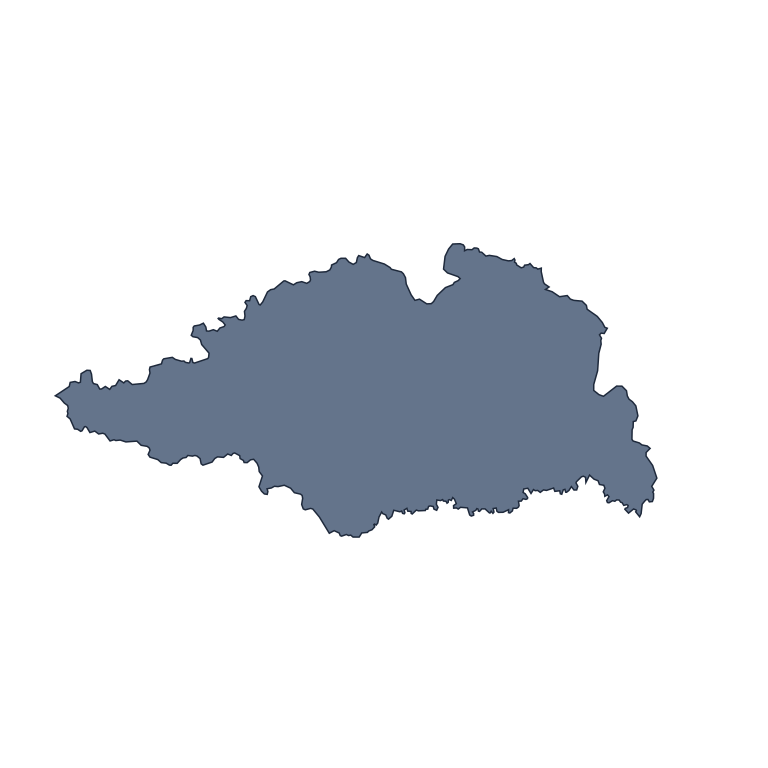 Soavinandriana, Itasy, Madagascar (Albers equal-area conic projection), rotated 25°
{"feature_id": "10022922B59328070281510", "entity_name": "Soavinandriana", "entity_type": "district", "adm_level": 2, "iso_a3": "MDG", "parent_name": "Madagascar", "parent_adm1": "Itasy", "projection": "albers", "projection_center": [46.563, -19.219], "detail": "fine", "context": "isolated", "style": "filled", "palette": "slate", "viewbox_px": 768, "rotation_deg": 25, "n_neighbors": 0, "source": "geoboundaries", "source_scale": "gbopen_adm2", "svg_char_len": 6166}
<svg xmlns="http://www.w3.org/2000/svg" viewBox="0 0 768 768"><g transform="rotate(25 384 384)"><path d="M676.9,377.1L676.6,373.7L674.6,369.3L673.3,368.4L673.5,366.1L669.9,363.6L671.1,354.0L661.9,344.3L652.0,338.6L650.5,335.3L652.4,329.9L648.8,328.9L643.5,330.2L640.3,329.5L633.9,330.4L632.1,329.4L628.2,320.6L628.1,318.0L625.8,312.7L627.9,311.0L627.6,305.6L621.5,297.4L616.7,295.1L612.5,294.2L609.6,292.0L606.6,287.6L600.6,285.4L595.7,287.6L588.1,302.4L583.3,302.8L576.8,301.2L574.3,295.8L572.0,281.7L565.7,265.4L564.0,256.2L562.1,252.9L561.8,250.6L558.5,248.4L559.3,246.1L562.2,245.2L562.8,239.1L560.2,239.3L555.9,236.0L548.7,232.6L536.5,230.4L534.2,227.2L528.5,225.2L520.6,228.0L517.0,228.3L512.7,226.4L506.2,230.7L497.4,229.3L490.4,230.1L492.6,226.3L487.1,225.4L485.5,224.3L479.0,215.7L477.6,212.5L474.8,214.9L472.9,214.4L470.4,215.3L465.4,213.1L464.5,214.8L461.2,216.9L461.2,219.0L459.2,220.7L453.9,220.0L452.9,218.7L450.8,218.4L450.3,216.3L449.0,215.3L447.6,218.1L444.8,219.8L438.5,221.2L432.4,220.8L425.1,222.9L422.3,225.0L416.9,223.3L414.8,224.0L412.4,221.6L410.7,221.6L408.2,222.6L407.0,225.1L402.6,226.9L400.7,229.2L399.2,225.7L397.1,224.4L393.7,224.7L387.1,228.1L385.5,234.4L385.4,242.5L389.4,254.7L394.6,256.5L405.7,255.4L408.5,256.3L407.5,259.0L404.8,262.2L404.5,264.8L398.9,270.7L394.8,281.2L394.1,288.3L392.9,291.2L388.9,293.3L380.3,292.1L376.7,295.1L370.9,291.7L361.9,284.0L358.5,278.5L355.0,275.9L352.4,275.0L342.2,276.9L340.3,275.9L333.6,275.1L321.7,276.7L318.9,276.3L315.9,273.6L313.8,273.3L313.0,277.6L306.8,278.3L306.5,280.8L307.6,285.6L305.5,288.6L300.7,288.3L296.1,286.3L291.8,288.3L290.2,290.3L289.7,294.1L286.2,298.3L286.9,300.3L286.7,303.5L284.2,306.7L277.6,310.3L273.4,311.1L269.6,314.3L269.7,316.5L271.7,318.0L273.4,320.7L273.4,322.5L271.5,325.4L266.2,326.0L262.1,329.1L260.0,332.4L250.7,332.3L249.6,333.0L244.3,344.3L241.4,346.4L239.5,349.8L239.4,360.9L238.4,364.7L237.1,364.7L230.5,359.2L228.0,359.2L226.3,361.2L227.0,365.3L223.8,366.7L223.5,368.8L226.8,370.7L227.3,373.6L226.8,377.1L229.3,381.2L230.1,384.7L228.4,386.1L224.9,386.9L221.0,384.9L216.8,388.7L210.7,390.8L209.3,393.4L206.3,394.1L206.0,394.7L207.0,395.2L211.7,395.9L215.1,397.6L214.8,399.5L211.6,402.6L210.6,406.7L206.4,406.9L203.0,410.1L200.7,410.9L198.5,407.7L194.6,405.2L191.9,408.5L187.5,411.6L187.1,413.3L188.4,416.1L188.7,421.3L190.8,421.9L195.5,420.7L199.0,421.7L202.1,425.3L212.4,430.0L213.8,434.1L213.5,435.5L203.4,445.1L201.7,445.3L199.1,442.1L198.2,442.4L198.8,446.8L198.1,447.5L194.9,448.3L193.0,447.7L190.9,448.9L184.5,449.9L180.9,449.3L173.8,454.2L173.2,455.9L173.8,459.8L164.8,467.5L165.3,470.0L167.3,473.0L167.9,479.9L167.6,482.6L166.2,484.9L156.0,490.9L150.4,489.4L148.6,490.5L147.7,493.0L142.1,492.1L141.4,498.8L138.4,501.1L137.7,504.8L132.5,504.0L130.1,507.9L128.5,508.7L124.4,505.7L120.5,506.4L118.7,505.1L114.7,498.6L112.0,495.9L108.9,497.1L105.1,502.7L108.1,510.7L106.7,512.1L102.9,512.3L98.9,515.2L99.8,519.3L91.1,533.6L96.4,533.7L102.4,536.4L106.4,537.2L108.1,539.4L108.6,542.7L110.0,544.3L110.4,547.3L114.3,548.3L122.5,555.5L125.4,554.5L129.1,555.1L130.1,554.0L130.6,549.3L131.5,548.7L133.2,549.0L138.0,552.3L141.8,548.9L146.5,549.9L149.9,547.5L152.2,547.3L159.8,551.4L162.9,548.6L164.8,548.6L168.6,546.3L174.5,545.6L184.2,540.2L189.8,542.2L195.7,540.6L198.3,541.2L199.9,542.9L200.0,547.5L202.8,549.2L210.9,548.1L215.3,549.4L220.1,547.8L223.7,548.2L225.4,547.6L226.1,545.1L230.1,543.3L231.6,538.4L233.1,536.0L235.7,534.2L236.4,531.7L240.9,530.3L242.8,528.7L244.8,528.3L248.8,529.3L252.0,533.6L254.2,534.1L261.2,527.4L262.1,523.1L263.9,520.4L269.6,518.3L271.9,513.5L275.8,513.3L276.5,510.8L277.8,509.6L283.5,509.9L285.1,512.4L288.9,512.7L290.4,514.3L293.2,513.1L295.1,509.1L297.7,507.3L302.5,509.5L305.6,512.3L307.9,516.1L312.7,518.7L314.1,530.0L318.3,532.9L322.0,534.2L324.8,533.4L324.2,530.5L322.3,528.4L325.9,525.8L327.9,523.0L331.3,521.8L336.4,517.9L343.4,517.9L348.7,520.4L354.9,519.1L356.9,519.6L358.6,522.0L360.3,528.0L363.6,531.3L365.8,531.3L370.0,527.8L372.3,527.4L381.7,531.9L397.5,542.4L400.8,538.0L406.4,538.0L408.4,539.9L409.9,539.8L413.5,536.3L416.0,536.3L417.7,535.0L420.6,535.8L426.2,533.2L426.8,528.4L431.7,525.5L432.3,523.7L434.7,521.2L435.9,517.4L434.2,515.6L434.7,514.9L436.5,515.2L437.1,512.7L435.7,506.7L436.0,501.0L437.7,502.0L440.9,501.9L443.6,504.3L445.2,504.6L447.0,500.6L446.2,494.3L452.4,493.1L453.7,491.7L455.5,493.4L457.2,493.1L457.4,491.9L455.5,489.7L457.3,487.0L459.2,489.2L462.4,488.1L463.3,489.8L464.5,489.9L466.6,484.6L468.8,484.4L474.9,481.2L474.8,479.9L476.5,478.9L476.1,476.1L477.4,475.0L480.4,474.2L482.2,476.3L485.1,476.2L485.1,473.0L482.3,470.9L480.9,466.8L484.5,465.8L486.0,464.0L487.3,465.0L489.7,464.1L491.5,465.4L492.2,464.1L491.4,462.1L492.0,461.2L494.2,461.1L494.3,457.9L496.6,458.7L500.1,461.9L498.4,464.8L499.6,467.1L502.1,465.7L504.1,466.0L505.5,463.4L512.0,461.0L517.0,466.5L518.9,466.8L520.7,465.1L520.0,463.5L518.3,462.6L520.6,459.7L520.8,457.7L522.0,457.6L523.3,459.3L524.4,459.1L525.5,455.8L528.4,454.5L534.0,456.3L534.7,456.0L534.9,454.0L537.4,455.2L537.8,453.6L535.6,450.7L538.1,449.0L540.1,451.6L542.0,452.0L546.2,449.9L550.0,445.3L551.2,448.0L552.6,447.7L554.0,444.8L553.5,442.0L556.8,440.6L557.9,438.6L557.8,437.0L555.4,433.4L557.9,432.1L558.5,429.2L561.4,428.6L562.5,427.3L562.2,426.2L558.4,423.8L555.9,423.5L555.0,420.1L558.4,417.7L563.5,421.1L564.1,416.5L566.1,416.8L568.3,415.5L571.4,416.2L573.3,412.6L576.2,411.8L581.7,406.6L584.2,409.1L588.4,406.5L590.2,409.0L591.7,408.8L591.2,404.2L592.5,403.0L594.4,405.3L595.2,405.0L596.6,402.3L597.2,397.8L601.0,399.8L603.4,398.6L602.9,394.8L599.8,392.5L599.7,391.3L602.2,384.6L603.7,383.3L606.1,383.4L608.6,387.9L608.8,379.7L614.6,381.5L618.9,381.2L621.7,384.0L626.0,382.9L628.3,385.1L628.3,389.1L630.3,390.4L631.6,392.5L633.4,390.0L635.5,391.0L635.1,395.6L636.6,397.0L638.1,396.6L640.4,393.2L642.8,392.7L643.8,390.7L646.2,389.8L648.4,391.1L649.9,390.9L652.6,392.7L655.0,390.7L656.6,390.9L657.0,393.0L655.2,394.8L655.2,395.7L660.2,397.7L663.0,391.8L665.6,391.6L666.3,392.1L666.1,393.5L671.8,396.3L671.8,392.8L668.8,383.8L669.8,379.9L670.5,377.9L672.0,377.1L674.3,378.7L676.9,377.1Z" fill="#64748b" stroke="#1e293b" stroke-width="1.5"/></g></svg>